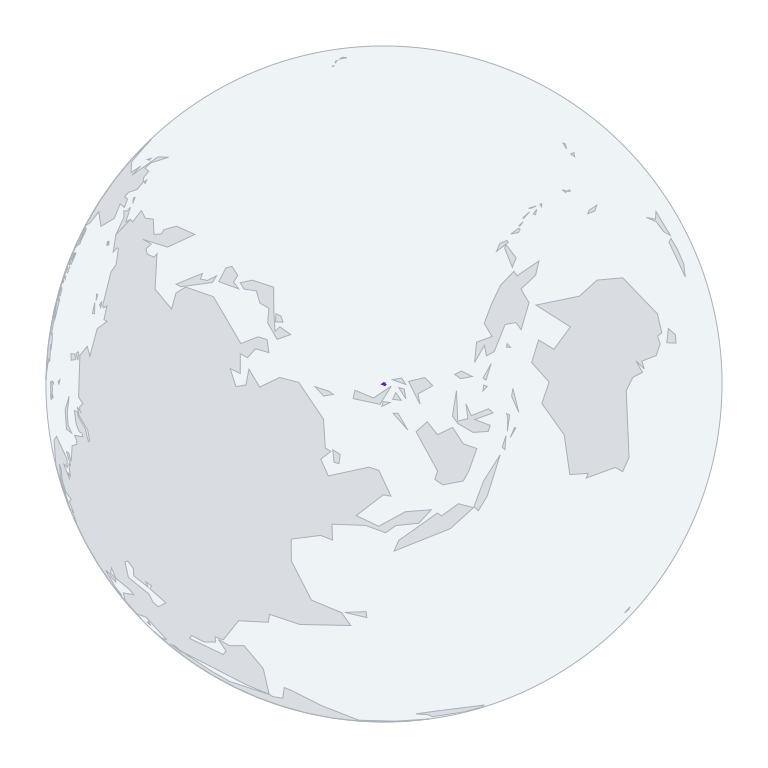 Catanduanes on an orthographic globe, rotated 280°
{"feature_id": "PHL-2539", "entity_name": "Catanduanes", "entity_type": "Province", "adm_level": 1, "iso_a3": "PHL", "parent_name": "Philippines", "parent_adm1": "", "projection": "orthographic", "projection_center": [124.24, 13.808], "detail": "fine", "context": "on_globe", "style": "filled", "palette": "violet", "viewbox_px": 768, "rotation_deg": 280, "n_neighbors": 0, "source": "natural_earth", "source_scale": "10m", "svg_char_len": 10060}
<svg xmlns="http://www.w3.org/2000/svg" viewBox="0 0 768 768"><g transform="rotate(280 384 384)"><circle cx="384" cy="384" r="338" fill="#eef3f6" stroke="#a8b0b8"/><path d="M652.4,518.4L652.1,520.6L651.8,521.0L652.4,518.4ZM584.7,112.1L558.8,96.7L548.4,98.2L556.3,106.5L545.8,99.5L568.4,121.9L569.9,132.5L561.3,116.0L555.1,111.1L552.7,115.4L545.8,111.5L540.7,111.7L532.7,107.0L528.3,98.9L523.0,96.0L521.7,99.4L512.8,97.6L515.6,92.9L500.3,89.6L490.1,77.9L504.1,73.2L491.6,66.5L488.1,62.5L513.7,71.9L538.4,83.4L562.1,96.8L584.7,112.1ZM485.6,61.7L481.5,60.4L480.6,60.2L485.6,61.7ZM698.9,290.8L696.1,283.6L698.6,286.4L698.9,290.8ZM693.8,280.5L694.9,282.6L693.9,281.1L693.8,280.5ZM692.7,280.2L693.5,280.4L692.9,281.0L692.7,280.2ZM691.5,280.8L692.0,280.2L692.1,280.5L691.5,280.8ZM688.6,279.4L687.8,278.9L688.1,277.5L688.6,279.4ZM588.1,114.7L587.9,114.6L588.1,114.7ZM578.6,108.7L576.2,106.7L584.5,112.3L583.3,111.7L578.6,108.7ZM563.6,114.1L564.0,111.8L565.9,115.5L563.6,114.1ZM541.4,112.6L543.5,114.7L540.0,114.0L541.4,112.6ZM524.5,106.4L518.2,105.2L523.8,105.0L524.5,106.4ZM514.0,103.6L498.9,101.7L502.1,105.8L484.3,94.0L503.1,98.9L509.5,97.7L509.4,100.6L514.0,103.6ZM471.1,57.5L488.3,62.8L485.8,62.6L478.9,60.0L479.8,61.4L467.5,57.9L464.3,56.4L468.3,57.0L460.5,55.4L465.2,56.0L471.1,57.5ZM476.8,88.3L472.5,87.0L476.2,86.9L476.8,88.3ZM457.4,54.1L458.4,54.4L456.6,54.1L446.8,52.1L450.5,52.7L453.1,53.2L457.4,54.1ZM486.0,63.7L482.9,63.6L472.2,60.6L469.5,60.3L467.0,57.8L486.0,63.7ZM448.6,52.3L448.1,52.2L441.8,51.1L437.6,50.4L443.2,51.3L448.6,52.3ZM460.3,55.1L459.0,55.0L456.5,54.3L460.3,55.1ZM439.8,50.8L441.3,51.2L441.7,51.3L436.8,50.6L439.8,50.8ZM459.6,56.2L455.8,55.2L460.1,57.0L452.2,55.4L452.0,54.2L448.7,54.1L446.3,53.6L448.9,53.3L459.6,56.2ZM420.0,48.0L436.8,50.3L433.2,50.5L430.3,49.4L419.7,48.0L419.9,48.0L420.0,48.0ZM442.2,52.1L436.7,51.0L439.6,51.2L445.2,52.1L442.2,52.1ZM446.9,54.9L459.1,57.7L458.7,57.9L446.9,54.9ZM429.6,50.0L430.4,50.3L428.5,49.8L429.6,50.0ZM440.9,53.2L445.3,54.0L444.7,54.2L440.9,53.2ZM428.4,50.6L427.4,50.1L431.2,50.5L428.4,50.6ZM433.7,51.7L431.9,51.9L433.1,51.0L435.7,52.0L433.7,51.7ZM439.7,53.3L440.8,53.7L438.0,52.9L439.7,53.3ZM414.7,49.8L415.3,48.6L423.6,49.3L421.9,50.3L414.7,49.8ZM100.4,200.3L95.2,209.2L94.3,214.6L113.0,190.3L114.7,180.6L125.7,166.7L133.0,163.6L133.1,174.1L137.4,169.1L146.3,153.4L155.5,147.6L150.4,147.6L145.7,153.6L142.4,154.2L146.5,148.9L149.6,146.7L152.2,142.3L136.8,155.2L130.3,162.7L131.4,159.6L120.7,172.2L119.6,173.5L137.1,153.3L156.2,134.4L176.6,117.2L198.4,101.6L193.7,105.3L196.0,104.2L206.4,98.0L202.9,101.0L214.0,94.4L215.9,96.1L222.9,89.0L235.3,83.1L243.5,81.1L248.8,78.3L235.6,81.8L229.1,84.7L221.6,88.9L205.1,97.4L214.0,91.9L227.0,84.8L227.3,84.6L247.4,74.9L271.4,68.8L275.6,70.6L255.4,84.6L246.9,86.6L250.0,82.2L235.2,91.2L242.1,88.0L239.3,91.0L250.4,87.5L248.9,89.6L262.1,83.2L261.5,85.4L253.1,89.4L269.1,87.6L271.3,92.1L275.7,90.8L279.7,88.2L279.8,96.5L283.0,95.3L284.2,92.0L291.3,87.7L304.0,83.8L303.3,86.9L298.7,88.7L287.9,97.7L275.7,103.0L276.7,104.0L287.2,100.2L300.3,89.0L308.1,85.9L303.0,90.9L305.5,88.8L309.1,88.3L312.2,90.9L318.2,85.5L359.5,79.5L369.5,85.2L360.4,89.5L388.6,92.0L397.6,100.5L398.7,97.1L412.9,97.5L410.3,94.7L411.8,93.3L447.1,95.7L454.9,99.5L471.3,98.9L471.9,97.5L467.0,94.4L484.3,94.0L502.1,105.8L500.0,108.3L512.6,114.9L505.9,120.1L506.2,128.2L491.4,131.5L493.0,138.5L497.8,140.5L503.4,152.3L498.4,171.7L481.2,147.1L484.6,121.2L481.4,130.4L475.8,126.1L470.8,128.3L469.0,135.7L472.8,137.8L437.6,142.1L420.9,161.8L437.4,163.3L445.0,171.8L440.4,200.8L398.9,236.0L408.6,251.8L407.4,261.2L394.9,265.2L396.4,251.4L386.2,244.9L388.9,237.2L369.4,240.6L372.4,229.8L355.7,238.7L359.1,248.2L375.2,248.4L359.4,262.1L372.3,280.2L370.7,299.8L338.8,330.5L310.8,337.3L308.4,343.4L299.0,334.7L283.8,345.1L299.5,383.6L298.1,393.9L274.8,410.3L274.7,402.5L249.6,379.5L242.9,403.4L261.9,427.2L268.4,452.4L252.9,442.4L246.6,420.2L237.8,411.4L241.5,390.3L236.9,357.1L221.4,360.4L223.9,347.8L215.1,319.5L193.6,323.5L158.6,350.0L151.5,381.7L140.4,393.3L132.6,342.7L137.3,311.1L129.3,311.6L125.6,281.9L104.1,270.1L105.7,261.5L100.6,262.9L98.7,251.8L102.9,238.3L99.7,236.6L89.7,272.6L93.8,274.8L103.6,265.3L99.5,277.5L102.0,291.6L82.7,314.5L58.5,324.8L63.9,300.6L85.8,230.1L89.5,224.0L89.9,223.2L90.7,221.8L84.7,231.3L91.1,218.4L71.0,264.5L64.3,283.6L58.1,326.0L56.8,328.9L57.1,338.8L67.7,338.5L66.1,346.3L56.3,378.6L48.5,417.7L54.0,453.9L61.0,482.9L62.1,486.7L55.4,462.8L50.5,438.4L47.4,413.7L46.1,388.9L46.7,364.0L49.1,339.2L53.3,314.7L59.3,290.6L67.0,266.9L76.5,243.9L87.6,221.7L100.4,200.3ZM125.3,200.4L130.6,207.2L141.9,188.8L144.9,190.3L147.7,183.8L142.8,187.5L151.6,170.9L158.8,169.2L165.2,162.4L163.8,159.8L149.1,165.9L136.3,189.1L129.2,194.2L125.3,200.4ZM398.8,46.4L402.0,46.6L404.5,46.8L398.1,46.5L405.1,47.0L394.7,46.8L396.3,47.2L387.7,47.9L374.4,47.8L377.2,48.3L370.8,49.5L359.5,50.1L365.4,48.9L348.7,50.8L350.3,49.5L348.3,49.8L345.2,49.4L337.9,49.8L340.2,49.3L336.4,49.8L334.2,49.9L329.7,50.5L331.5,50.2L365.1,46.6L398.8,46.4ZM411.9,49.9L395.7,49.0L388.6,48.3L406.6,47.6L406.6,47.3L417.9,47.9L427.9,49.3L423.7,48.9L422.1,48.9L419.6,48.4L420.3,48.8L414.6,48.5L413.6,48.9L408.6,48.4L411.9,49.9ZM310.3,59.1L314.8,57.6L316.4,57.6L328.5,55.3L328.2,56.6L320.9,58.5L310.3,59.1ZM109.5,193.0L105.8,196.3L107.7,193.0L108.6,192.5L109.5,193.0ZM113.5,181.5L110.0,186.5L112.1,183.4L113.5,181.5ZM312.1,60.1L317.1,58.9L313.9,60.4L312.1,60.1ZM328.7,57.6L326.1,59.1L329.6,56.6L328.7,57.6ZM200.4,660.6L207.3,665.0L204.2,664.1L200.4,660.6ZM70.9,491.9L85.3,538.7L82.2,535.1L74.7,518.9L64.7,489.4L66.0,484.9L64.7,472.8L70.9,491.9ZM353.4,517.7L363.9,520.1L363.6,521.5L353.4,517.7ZM342.4,511.4L354.2,513.1L340.4,514.5L342.4,511.4ZM358.9,513.7L371.0,512.0L376.2,510.0L375.4,513.1L358.9,513.7ZM334.4,510.7L291.9,505.2L275.5,498.9L279.1,493.9L305.7,498.9L334.4,510.7ZM277.8,493.6L253.0,474.3L221.2,422.9L232.5,425.7L266.2,459.0L264.0,463.5L279.0,478.1L277.8,493.6ZM338.9,472.4L336.6,486.6L312.9,482.6L302.3,478.9L294.9,459.4L299.0,450.5L307.6,451.9L342.5,423.9L354.3,433.1L343.3,445.4L353.1,459.1L338.9,472.4ZM152.3,385.1L156.7,405.9L151.0,407.7L152.3,385.1ZM357.6,402.9L342.9,415.4L356.7,398.1L357.6,402.9ZM366.5,386.1L366.8,393.3L361.6,385.8L366.5,386.1ZM307.1,353.1L297.9,353.5L298.2,348.4L310.2,345.0L307.1,353.1ZM369.4,316.6L367.3,331.1L364.9,335.9L361.7,326.6L369.4,316.6ZM317.3,76.0L300.7,77.0L288.6,80.1L281.5,84.8L284.3,79.2L303.0,74.5L317.3,76.0ZM354.3,78.4L360.4,75.3L362.6,77.1L361.5,78.1L354.3,78.4ZM354.6,76.2L353.1,71.8L359.6,70.5L359.6,74.1L354.6,76.2ZM331.9,64.0L327.0,64.0L329.7,62.7L331.9,64.0ZM573.2,640.0L577.1,641.3L567.5,649.6L554.2,658.4L541.8,662.1L573.2,640.0ZM475.0,664.4L473.7,655.3L488.1,654.4L482.9,662.5L475.0,664.4ZM582.5,633.1L591.1,624.0L593.6,613.5L593.4,622.8L601.1,621.9L580.1,640.2L582.5,633.1ZM419.5,623.7L354.1,638.1L339.2,634.3L342.0,626.4L326.6,599.6L331.4,600.6L327.1,582.7L365.2,570.3L392.3,542.8L414.6,546.3L430.8,525.7L454.2,528.6L447.7,545.3L472.6,557.7L488.1,520.0L504.5,561.3L523.3,575.8L530.0,600.6L500.6,641.1L482.7,648.7L478.7,645.1L471.3,649.0L459.2,647.1L451.3,633.9L444.1,637.7L450.6,628.1L440.4,636.5L433.6,627.8L419.5,623.7ZM587.1,555.0L590.8,555.9L597.0,562.5L591.0,561.6L587.1,555.0ZM643.0,527.9L644.8,530.9L640.9,532.3L643.0,527.9ZM651.8,521.0L647.1,523.0L652.4,518.4L651.8,521.0ZM605.6,530.6L607.5,533.0L606.0,534.0L605.6,530.6ZM604.0,529.8L606.1,525.7L605.9,529.8L604.0,529.8ZM585.9,508.5L588.0,506.3L589.1,507.9L585.9,508.5ZM379.5,521.7L394.0,511.9L402.1,511.6L379.5,521.7ZM582.5,504.0L577.0,503.8L577.5,501.5L582.5,504.0ZM582.8,498.9L582.1,495.8L585.7,503.0L582.8,498.9ZM572.0,492.0L578.9,497.5L571.2,492.7L572.0,492.0ZM568.0,492.8L563.1,490.4L563.4,489.4L568.0,492.8ZM513.7,496.3L532.0,515.2L517.6,514.4L501.3,502.4L489.2,512.7L461.3,509.6L467.5,503.3L463.6,492.9L435.2,487.0L429.5,480.0L439.5,476.2L421.0,469.5L441.2,467.9L449.6,482.2L461.1,472.2L481.3,476.0L501.2,481.5L517.5,492.4L513.7,496.3ZM441.6,498.1L445.1,498.4L442.1,502.3L441.6,498.1ZM553.7,482.8L560.8,489.5L560.0,491.1L556.5,490.1L553.7,482.8ZM521.2,490.1L538.6,479.3L542.7,479.6L531.2,492.2L521.2,490.1ZM534.2,471.8L542.4,473.6L546.8,480.1L545.1,481.8L534.2,471.8ZM400.3,482.3L399.5,486.1L394.3,482.7L400.3,482.3ZM406.9,480.6L422.7,486.0L405.5,483.8L406.9,480.6ZM360.1,463.1L364.5,472.6L378.7,468.2L367.9,475.4L377.7,491.2L374.5,496.4L364.8,479.5L361.7,495.7L355.4,494.8L351.8,480.2L358.0,463.5L364.2,457.0L389.9,456.5L360.1,463.1ZM406.7,469.6L402.6,458.7L405.7,452.0L410.2,457.9L406.7,469.6ZM390.8,432.3L380.3,419.2L370.4,422.9L390.8,407.8L397.4,422.9L390.8,432.3ZM382.5,404.8L373.2,408.1L383.1,399.2L382.5,404.8ZM371.0,403.8L370.4,395.2L377.5,397.1L371.0,403.8ZM387.3,405.6L389.7,391.5L392.9,400.3L387.3,405.6ZM368.4,376.1L383.1,391.5L363.3,383.5L364.3,356.2L372.8,356.4L368.4,376.1ZM427.4,273.8L426.3,266.3L434.5,265.4L432.9,270.8L427.4,273.8ZM460.2,258.5L436.3,262.9L417.0,267.5L422.2,271.5L416.5,283.5L409.4,271.0L424.1,258.8L438.5,257.6L442.1,247.8L453.5,242.1L453.2,229.6L458.7,224.9L463.4,236.3L460.2,258.5ZM452.5,224.3L456.1,203.5L470.9,208.2L473.4,213.8L465.5,221.1L458.2,218.1L452.5,224.3ZM461.3,200.2L454.2,197.4L444.5,166.9L446.2,161.9L461.4,186.0L455.5,184.9L455.3,192.0L461.3,200.2ZM473.1,88.7L472.6,87.2L475.7,88.9L473.1,88.7ZM410.0,91.8L412.8,90.1L416.4,91.8L410.0,91.8ZM422.2,86.7L416.2,85.9L422.8,85.5L422.2,86.7ZM402.8,84.7L414.0,85.0L403.0,86.7L402.8,84.7Z" fill="#d9dde1" stroke="#a8b0b8" stroke-width="1"/><path d="M385.0,383.6L384.9,383.7L384.9,383.8L385.0,383.9L385.0,384.0L384.9,384.1L384.9,384.4L384.9,384.5L385.0,384.7L385.0,384.8L384.8,384.9L384.7,384.9L384.6,385.0L384.5,385.4L384.5,385.5L384.5,385.4L384.4,385.3L384.3,385.2L384.2,385.2L384.0,385.3L383.9,385.3L383.8,385.5L383.7,385.7L383.3,385.4L383.1,385.2L382.9,385.2L382.8,384.9L382.8,384.7L383.0,384.7L383.2,384.4L383.3,384.2L383.4,383.9L383.3,383.6L383.4,383.4L383.3,383.1L383.3,382.9L383.4,382.7L383.4,382.4L383.5,382.5L383.7,382.4L383.8,382.3L384.0,382.5L384.2,382.9L384.2,383.1L384.3,383.1L384.4,383.3L384.5,383.3L385.0,383.6Z" fill="#8b5cf6" stroke="#5b21b6" stroke-width="1.5"/></g></svg>